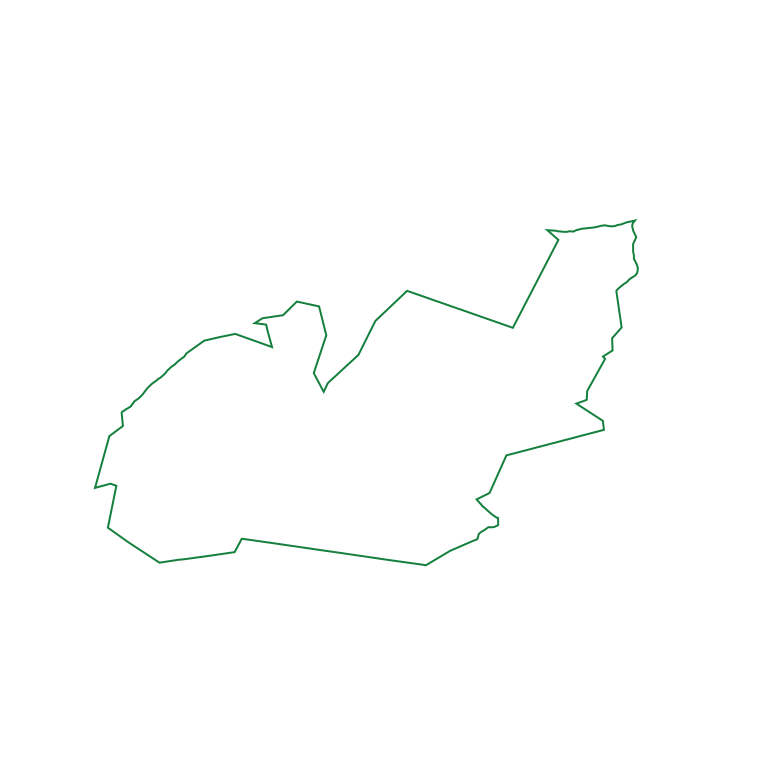 outline of San Felipe Tejalápam, Oaxaca, Mexico, rotated 210°
{"feature_id": "50627088B66881116588394", "entity_name": "San Felipe Tejalápam", "entity_type": "district", "adm_level": 2, "iso_a3": "MEX", "parent_name": "Mexico", "parent_adm1": "Oaxaca", "projection": "mercator", "projection_center": [-96.886, 17.081], "detail": "fine", "context": "isolated", "style": "outline", "palette": "green", "viewbox_px": 768, "rotation_deg": 210, "n_neighbors": 0, "source": "geoboundaries", "source_scale": "gbopen_adm2", "svg_char_len": 2566}
<svg xmlns="http://www.w3.org/2000/svg" viewBox="0 0 768 768"><g transform="rotate(210 384 384)"><path d="M582.3,149.5L580.4,151.5L571.0,160.9L564.9,162.0L563.9,159.1L551.3,121.5L527.5,119.2L489.1,117.0L474.1,129.0L469.2,132.5L448.7,148.4L429.3,163.7L429.8,178.9L399.0,191.3L385.4,196.7L357.5,207.8L336.1,216.4L294.5,232.9L257.0,248.1L243.3,272.6L229.1,291.8L225.6,296.2L226.9,301.5L226.0,304.3L224.0,307.8L222.0,312.2L219.4,313.6L217.4,314.9L216.3,316.3L214.6,318.9L215.7,320.8L216.5,322.1L218.2,325.0L219.9,324.6L222.0,324.8L224.9,325.0L228.7,325.7L232.1,326.4L235.6,327.2L237.6,327.4L240.0,328.4L241.5,328.8L243.7,329.6L246.1,330.4L238.1,342.4L242.3,383.4L170.6,454.3L176.0,461.5L207.6,463.2L202.5,469.2L200.5,471.7L204.5,479.4L205.1,516.3L208.1,517.3L202.8,527.3L209.3,537.7L206.5,551.8L229.3,580.7L229.1,582.5L228.5,584.6L227.6,587.2L226.7,589.4L225.9,591.3L224.9,592.9L224.4,594.8L224.1,595.9L223.8,597.7L223.2,598.6L222.5,600.2L221.7,601.6L220.6,603.7L220.3,606.5L220.8,608.3L221.4,610.0L222.3,611.6L223.9,613.0L225.7,614.5L226.8,615.2L228.5,616.4L230.1,617.2L230.8,618.6L232.0,620.5L233.3,621.9L234.5,623.3L235.4,624.9L237.0,627.6L238.2,629.7L238.5,632.1L238.7,634.9L239.0,637.4L241.1,638.8L242.9,640.0L244.8,641.3L246.0,642.7L247.5,644.1L248.6,646.2L248.9,647.9L248.4,651.0L251.1,648.5L253.6,646.4L254.8,645.2L256.2,643.5L258.6,640.6L261.2,638.5L263.0,636.3L265.3,634.6L267.4,633.5L272.2,631.8L275.5,629.2L278.0,626.7L280.0,624.9L291.0,616.8L292.4,615.2L294.3,613.5L296.2,610.7L299.6,609.1L302.1,606.9L305.2,605.3L307.5,604.3L309.4,603.3L311.7,602.7L319.5,598.9L305.0,596.0L300.5,497.1L410.6,476.2L423.0,434.3L420.7,396.4L433.1,356.7L432.3,347.1L436.2,349.5L438.4,350.9L441.5,352.8L450.2,358.3L450.3,358.8L450.4,359.0L450.5,359.7L451.1,362.3L457.4,392.8L458.3,397.3L479.0,418.7L500.7,411.8L505.8,393.1L510.1,389.7L522.2,380.1L526.3,372.1L515.8,376.5L511.1,371.5L499.4,360.0L537.9,353.0L539.7,351.4L549.7,342.5L555.2,337.4L561.4,331.6L570.4,311.8L570.6,307.9L572.0,304.9L572.8,302.9L574.1,299.6L574.9,296.4L576.7,292.7L578.4,287.0L578.8,283.9L580.5,278.3L582.1,275.3L583.2,272.3L584.9,268.7L586.6,263.0L587.1,260.3L587.6,256.2L587.9,253.9L589.3,248.8L591.5,244.2L591.6,243.7L591.5,243.4L591.5,243.2L591.6,242.4L591.7,241.6L591.9,240.5L592.0,238.9L592.2,237.8L592.4,237.2L592.9,236.4L593.1,236.1L593.4,235.4L593.6,235.2L594.0,234.5L594.7,233.2L594.8,233.2L595.2,232.2L595.3,232.0L595.4,231.9L595.6,231.2L596.3,229.9L597.2,228.5L597.4,228.3L597.2,228.4L589.1,217.1L595.1,203.2L595.8,201.6L582.3,149.5Z" fill="none" stroke="#15803d" stroke-width="2"/></g></svg>